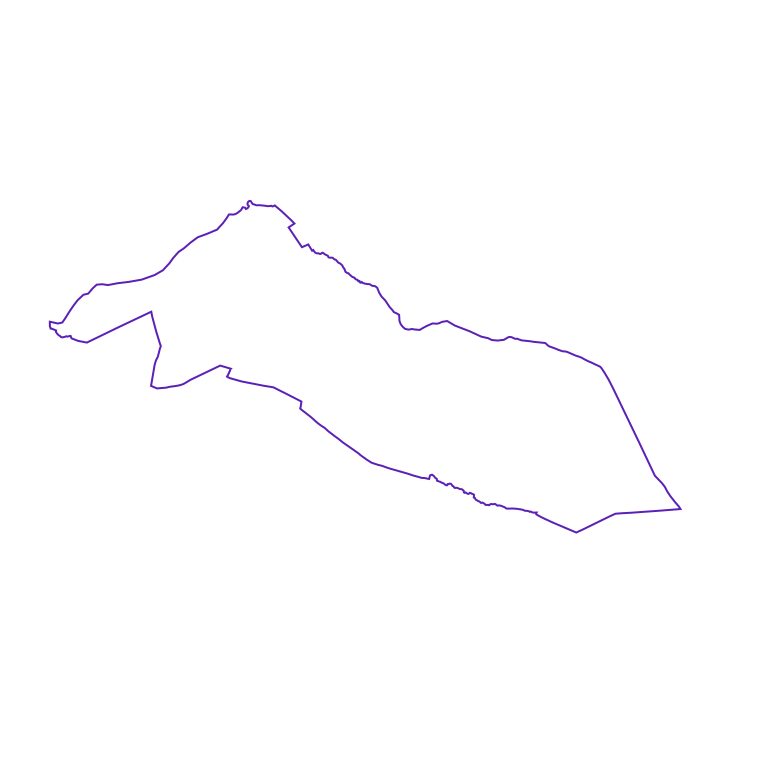 Patrauti, Suceava, Romania, rotated 121°
{"feature_id": "2599482B36922885866950", "entity_name": "Patrauti", "entity_type": "district", "adm_level": 2, "iso_a3": "ROU", "parent_name": "Romania", "parent_adm1": "Suceava", "projection": "mercator", "projection_center": [26.182, 47.734], "detail": "fine", "context": "isolated", "style": "outline", "palette": "violet", "viewbox_px": 768, "rotation_deg": 121, "n_neighbors": 0, "source": "geoboundaries", "source_scale": "gbopen_adm2", "svg_char_len": 6108}
<svg xmlns="http://www.w3.org/2000/svg" viewBox="0 0 768 768"><g transform="rotate(121 384 384)"><path d="M502.7,702.5L506.7,700.1L507.5,699.0L507.9,698.5L508.2,698.3L507.7,697.4L507.0,692.6L508.2,692.2L509.2,690.2L509.8,687.8L509.7,686.6L510.1,685.1L509.7,683.7L507.9,681.8L506.8,681.0L506.4,679.7L504.9,678.3L504.2,677.4L505.8,675.4L504.6,668.4L501.5,660.0L471.6,640.5L441.9,620.7L445.5,617.5L456.6,606.0L465.1,596.5L465.9,595.4L466.6,594.8L469.5,594.2L472.7,593.2L477.2,591.9L481.4,591.6L485.9,590.4L505.6,582.7L504.7,576.3L499.3,568.8L496.9,566.4L492.5,560.9L490.1,558.3L487.8,556.3L486.1,555.2L479.9,551.9L452.6,533.9L449.8,523.2L450.2,523.3L451.2,523.1L452.4,522.7L453.1,522.8L453.7,522.8L454.4,522.5L455.1,522.6L455.7,522.4L458.5,522.4L458.6,521.3L458.2,518.5L455.2,507.5L447.6,486.6L443.9,477.3L443.7,476.0L443.2,468.5L442.9,465.2L441.6,445.7L446.7,443.6L448.2,443.2L448.6,441.2L449.8,430.9L450.2,428.3L451.4,422.2L451.9,418.5L452.2,414.4L452.1,412.7L453.2,407.2L454.0,400.2L454.5,394.8L455.3,388.9L456.1,376.9L456.7,369.3L457.1,367.6L457.7,360.4L457.9,354.4L457.4,352.0L456.8,349.4L456.3,347.2L455.3,344.1L455.0,342.9L454.5,340.0L453.4,335.1L448.7,317.7L447.4,311.9L446.6,309.0L445.8,306.3L445.1,303.4L444.5,302.2L443.5,300.3L443.0,298.7L442.2,296.4L439.5,297.2L438.8,297.4L438.4,297.3L438.1,297.2L437.8,296.8L437.3,296.4L437.1,296.2L437.0,295.9L437.2,293.8L437.4,293.2L437.8,292.5L438.1,291.4L438.1,290.2L438.2,289.8L438.8,289.3L439.4,288.9L439.6,288.7L439.6,288.3L439.3,287.4L439.2,286.4L438.9,285.6L438.8,285.1L438.9,284.5L438.9,283.8L438.8,282.9L438.6,282.5L438.5,282.0L438.5,281.4L438.8,280.0L438.8,279.4L438.7,278.5L438.5,277.9L438.0,277.7L437.0,277.9L436.8,277.7L436.5,277.1L435.7,276.5L435.4,276.0L435.1,275.4L435.4,274.1L436.0,273.1L436.1,272.6L436.0,271.6L436.1,271.2L436.5,270.8L436.6,270.2L436.6,269.8L436.3,269.3L435.9,268.8L435.5,268.2L435.3,267.7L435.0,265.2L434.9,264.8L434.1,263.0L434.1,262.5L434.3,262.0L434.4,260.8L434.5,260.6L435.6,259.8L435.8,259.5L435.8,259.1L435.7,258.8L435.1,258.4L434.9,258.2L435.1,257.1L435.0,256.1L434.8,255.1L434.3,254.7L433.3,254.5L433.0,254.3L432.8,253.5L432.9,252.5L432.6,251.2L432.5,250.6L432.6,249.8L433.0,249.7L433.7,249.1L434.4,248.9L435.0,248.6L435.0,248.1L434.9,247.3L435.0,247.1L435.7,246.2L435.9,245.6L435.8,244.9L435.9,243.2L435.8,242.9L435.6,242.0L435.8,240.2L436.0,239.8L435.8,239.4L435.0,238.6L434.9,238.1L434.9,236.1L435.1,235.4L435.3,234.5L433.8,232.1L433.8,231.5L433.5,231.3L432.0,230.8L431.6,230.1L430.9,228.6L429.8,227.3L429.6,226.8L429.6,226.2L429.8,225.2L429.8,224.1L429.7,223.8L429.2,223.4L428.7,222.7L428.1,220.9L427.9,219.9L427.9,218.9L427.6,218.0L427.5,216.4L427.7,215.6L427.7,214.9L426.5,212.8L424.3,209.3L422.3,205.3L421.6,203.5L421.1,202.5L420.7,201.1L420.3,200.0L420.1,198.1L419.8,197.3L419.3,196.6L418.8,195.4L418.5,194.4L418.5,193.7L418.4,193.0L417.8,192.6L417.7,192.0L417.7,191.1L417.3,189.7L415.6,187.0L416.7,187.0L417.2,186.5L417.3,186.0L417.2,181.4L416.7,176.0L415.7,166.9L412.4,143.6L412.3,142.7L406.1,138.5L385.7,125.3L379.6,121.3L375.9,118.7L372.1,113.3L367.3,106.2L350.8,82.7L338.5,65.5L337.4,67.5L336.4,70.4L335.5,73.2L332.6,80.9L330.3,85.7L327.7,90.0L326.9,91.8L325.7,95.1L323.1,104.6L303.1,134.6L269.8,185.3L264.8,193.3L261.0,200.3L258.7,205.1L258.1,206.6L257.9,207.7L258.0,209.5L258.5,213.6L258.8,217.4L259.2,219.8L259.6,224.7L259.7,228.2L260.1,231.0L260.6,232.7L261.0,234.7L262.2,243.8L262.9,245.7L264.0,247.8L264.9,252.1L265.5,256.2L266.7,262.0L266.4,264.2L265.9,266.3L265.9,267.1L270.8,277.5L272.2,281.0L275.8,288.7L276.6,293.1L277.7,294.8L278.2,298.9L279.1,300.8L280.3,301.8L284.4,304.0L288.3,309.1L290.8,314.3L291.1,318.3L293.3,325.0L294.7,337.8L297.4,353.3L297.5,362.3L300.8,366.2L303.8,368.3L305.2,369.9L307.1,373.6L312.0,377.1L315.8,379.4L319.3,381.3L321.6,386.1L322.5,388.5L323.8,389.8L324.9,391.3L325.9,394.5L325.2,397.8L324.1,400.5L322.1,403.1L316.9,406.7L316.9,409.0L317.3,412.6L316.4,414.6L315.1,418.9L311.8,425.8L310.3,431.2L308.3,435.0L305.1,439.3L304.9,440.1L304.8,441.8L304.9,442.7L305.8,444.3L305.9,444.7L305.8,447.2L305.9,447.6L306.3,448.7L307.1,450.0L307.2,450.7L307.8,452.0L308.0,453.0L308.3,453.9L308.3,454.2L308.0,455.3L308.0,455.6L308.8,455.8L309.2,456.2L309.3,456.4L309.3,456.7L308.4,457.9L308.3,458.1L308.4,458.3L308.5,458.4L309.1,458.6L309.2,458.9L309.1,459.1L308.7,459.7L308.4,460.3L308.4,460.8L308.7,461.2L308.8,462.5L308.3,463.3L308.3,463.5L308.4,463.8L308.2,464.4L308.1,464.7L308.2,465.0L308.4,465.5L308.5,466.5L307.8,470.4L307.5,471.0L307.4,471.4L307.6,471.9L307.7,472.1L307.8,473.6L307.7,473.9L307.8,474.3L307.8,474.5L307.3,475.1L307.2,475.5L306.5,476.2L306.0,477.1L305.6,477.3L305.1,478.9L304.9,479.4L304.7,479.7L304.2,480.2L303.9,480.8L303.6,481.7L303.3,484.1L303.4,484.7L303.5,485.6L303.2,486.6L303.0,486.9L302.9,487.8L302.6,488.2L302.4,488.9L302.4,489.5L302.7,490.7L302.5,492.0L302.3,492.4L302.3,493.1L302.6,493.9L303.2,494.8L303.8,495.9L303.9,496.2L303.9,496.6L303.9,497.0L303.1,498.0L303.0,498.4L303.3,501.1L303.3,501.6L303.1,503.0L303.0,503.7L303.1,504.3L303.4,504.6L304.8,505.1L305.0,505.2L305.2,505.5L305.5,505.8L305.6,506.3L305.7,507.5L306.5,508.6L306.7,509.4L306.8,510.2L306.8,510.7L306.7,511.1L306.2,512.2L305.9,513.2L305.6,513.6L306.8,514.2L303.4,520.8L309.0,524.8L298.9,546.4L292.6,543.4L291.5,547.4L289.9,554.9L288.7,560.4L287.2,569.6L288.0,570.0L288.8,570.6L289.3,571.2L289.2,572.1L289.3,572.4L290.3,573.5L291.6,575.6L292.7,578.3L295.1,583.3L295.7,584.1L296.5,585.4L296.7,586.0L296.8,587.3L297.4,589.1L297.0,590.2L296.7,590.9L295.9,592.3L296.3,593.6L297.6,594.2L298.8,594.2L300.2,593.6L300.8,592.8L300.9,591.7L301.4,591.3L302.2,591.3L303.6,591.5L304.5,592.0L305.1,592.5L304.4,593.8L305.3,596.2L308.4,596.1L313.0,597.8L315.0,599.0L316.2,600.2L318.5,604.2L323.2,604.3L329.3,604.9L335.3,606.2L337.5,606.5L346.4,613.0L354.1,619.2L362.0,622.5L371.0,625.5L376.5,628.1L384.6,629.6L390.9,630.1L400.4,632.1L408.7,636.7L419.4,645.5L428.2,655.7L434.7,664.1L441.4,671.6L443.6,676.9L446.8,681.4L452.2,683.0L458.9,684.1L462.3,687.6L470.1,689.8L476.5,690.5L482.7,690.9L492.2,691.1L497.0,691.4L500.1,694.7L502.7,702.5Z" fill="none" stroke="#5b21b6" stroke-width="2"/></g></svg>